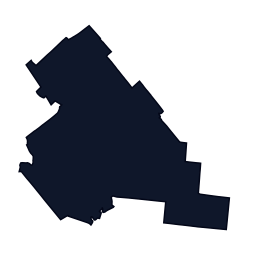 Valea Argovei, Calarasi, Romania, rotated 274°
{"feature_id": "2599482B75738828080552", "entity_name": "Valea Argovei", "entity_type": "district", "adm_level": 2, "iso_a3": "ROU", "parent_name": "Romania", "parent_adm1": "Calarasi", "projection": "robinson", "projection_center": [26.781, 44.353], "detail": "fine", "context": "isolated", "style": "filled", "palette": "ink", "viewbox_px": 256, "rotation_deg": 274, "n_neighbors": 0, "source": "geoboundaries", "source_scale": "gbopen_adm2", "svg_char_len": 3898}
<svg xmlns="http://www.w3.org/2000/svg" viewBox="0 0 256 256"><g transform="rotate(274 128 128)"><path d="M54.7,233.7L65.3,234.0L65.6,227.5L65.8,222.5L66.3,214.4L67.0,204.3L67.8,202.7L81.6,202.8L85.9,202.8L87.6,202.8L92.6,202.9L97.9,202.9L98.0,201.2L98.0,199.8L98.0,199.4L98.3,191.5L98.4,189.8L98.5,187.7L98.5,187.4L117.1,187.4L117.2,185.7L117.3,183.6L117.4,182.2L117.4,181.8L117.7,180.4L128.0,170.7L132.7,166.4L137.8,161.0L138.7,160.7L139.0,160.5L139.6,159.5L139.8,159.1L140.0,158.7L140.3,158.5L140.6,158.6L140.9,159.3L141.2,159.4L141.5,159.4L142.0,159.2L142.6,158.8L143.2,158.3L143.8,157.9L144.3,157.7L144.6,157.7L144.8,157.8L144.7,158.1L144.6,158.7L144.5,159.1L144.8,159.8L145.2,160.4L145.9,161.1L147.1,161.9L148.2,161.1L149.0,160.4L149.6,159.9L151.2,158.5L153.3,156.6L155.3,154.8L159.3,151.1L162.0,148.6L162.3,148.5L162.8,148.0L165.0,145.9L166.1,144.9L167.1,143.8L167.3,143.7L167.6,143.3L168.2,142.8L168.6,142.4L169.2,141.9L170.4,140.8L172.1,139.4L172.8,138.7L174.1,137.5L175.5,136.2L168.2,129.2L172.8,125.1L174.3,123.7L176.6,121.5L178.0,120.3L179.4,118.9L183.5,115.2L186.0,112.8L187.1,111.9L188.5,110.7L189.1,110.1L192.4,107.1L192.7,106.9L193.5,106.0L194.1,105.4L194.8,104.8L195.8,103.8L197.7,101.7L198.7,102.0L199.8,102.8L202.9,106.0L206.3,102.5L209.9,98.9L211.8,97.1L211.7,96.9L213.1,95.5L214.8,93.8L215.2,94.1L215.4,94.2L215.5,94.1L218.0,91.6L226.6,82.8L227.3,82.1L227.2,82.0L227.1,81.8L226.9,81.6L226.1,80.7L225.3,79.8L224.0,78.3L223.2,77.4L222.7,76.9L222.3,76.4L221.3,75.3L219.1,72.8L218.4,71.9L217.4,70.6L216.5,69.3L215.6,68.1L215.0,67.1L213.6,65.2L213.3,64.7L212.6,63.5L212.1,62.8L211.9,62.5L211.9,62.4L212.0,62.3L212.1,62.2L212.4,61.9L212.9,61.4L213.4,60.8L213.8,60.2L213.8,59.9L211.7,57.9L210.7,56.8L208.8,55.1L198.1,45.3L196.5,43.7L195.3,42.5L183.9,31.9L186.6,28.3L187.0,27.8L187.4,27.5L188.7,26.7L183.9,22.0L164.8,36.8L162.8,38.3L162.7,38.3L158.5,34.6L158.2,34.4L157.9,34.2L157.7,34.3L156.1,35.3L153.9,37.8L153.0,39.6L152.6,40.5L152.2,41.9L152.2,42.0L154.1,43.9L150.5,46.5L145.8,49.7L149.9,53.4L147.9,57.4L146.4,60.2L144.8,58.9L144.5,58.4L143.3,58.3L142.4,58.4L139.2,57.3L138.0,56.7L134.9,53.6L131.8,50.3L130.8,49.2L124.8,42.3L122.9,40.3L121.2,38.4L120.3,37.3L119.3,36.2L118.4,34.9L113.0,28.8L111.5,27.2L110.6,27.7L109.8,28.2L108.9,28.5L108.3,28.6L107.5,28.7L107.1,28.8L106.5,28.7L105.7,28.7L104.7,29.0L104.1,28.1L101.5,29.5L98.4,31.1L96.7,32.3L96.0,32.9L94.9,34.1L94.4,34.6L93.1,35.5L90.3,35.6L88.9,35.5L87.8,35.7L86.5,35.7L85.0,35.2L84.5,34.9L84.2,34.6L84.1,34.2L84.5,33.6L84.9,33.1L85.7,32.0L86.2,30.6L86.3,30.0L86.1,29.2L86.0,28.7L86.0,27.9L86.0,25.0L85.8,23.9L85.6,23.4L83.4,22.7L81.4,23.3L78.1,22.7L76.9,22.5L77.1,24.4L77.1,24.7L76.6,25.2L75.9,25.8L72.0,29.4L70.3,31.0L68.7,32.6L65.4,35.8L63.6,37.5L63.1,38.0L61.8,39.2L59.2,41.6L54.3,46.2L51.3,48.9L48.3,51.7L48.1,51.9L37.5,61.9L31.9,67.2L36.4,73.7L36.5,73.8L36.5,74.0L36.4,74.7L35.9,74.6L33.7,83.0L30.9,93.7L30.3,95.6L30.1,95.9L30.1,96.0L29.4,97.0L28.7,97.8L30.3,98.7L31.8,99.3L32.2,99.3L32.6,99.3L32.8,99.2L33.7,98.0L35.5,97.3L36.2,97.3L36.8,97.6L36.8,98.3L34.5,100.4L34.2,100.6L34.0,100.8L33.9,101.1L33.9,101.4L34.2,102.0L34.9,102.7L35.8,103.5L36.0,104.0L36.0,104.6L35.8,105.7L35.8,105.9L41.4,107.2L41.6,107.1L42.1,106.8L42.4,106.3L42.4,105.5L42.7,105.3L43.2,105.4L43.6,105.7L44.2,106.3L45.4,107.5L46.2,107.9L46.4,107.9L46.4,108.1L46.2,108.2L45.9,108.3L45.3,108.4L44.7,108.5L44.0,108.4L43.1,108.4L42.8,108.5L42.3,108.8L42.2,108.9L42.1,109.1L42.1,109.4L42.6,110.7L42.8,111.1L43.9,112.3L45.0,114.0L46.1,115.9L47.9,118.9L48.7,119.4L49.9,117.5L50.6,117.3L51.8,117.2L53.3,117.2L54.5,117.0L55.7,116.7L57.6,116.0L59.2,117.5L58.4,121.8L58.4,125.7L58.3,133.8L58.2,137.1L58.0,143.7L57.7,152.3L57.3,163.5L57.1,170.8L35.9,170.3L35.7,176.0L35.4,181.6L35.2,185.6L35.1,188.8L34.9,193.7L34.7,197.5L34.5,201.2L34.5,201.9L34.3,204.6L34.2,210.8L33.6,233.1L40.4,233.3L54.7,233.7Z" fill="#0f172a" stroke="#020617" stroke-width="1.5"/></g></svg>